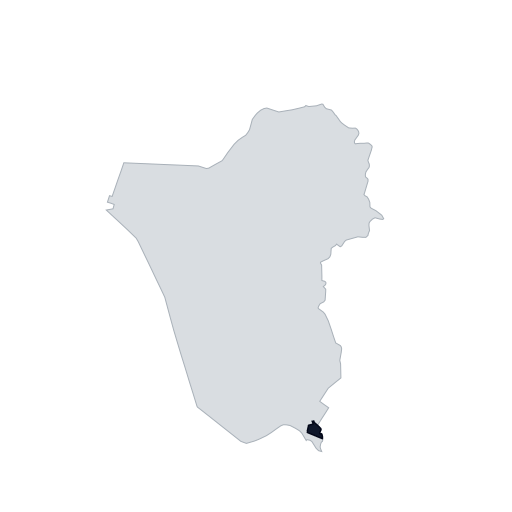 Abu Al-Khaseeb, Al-Basrah, Iraq (highlighted), rotated 33°
{"feature_id": "34846034B47596068894282", "entity_name": "Abu Al-Khaseeb", "entity_type": "district", "adm_level": 2, "iso_a3": "IRQ", "parent_name": "Iraq", "parent_adm1": "Al-Basrah", "projection": "robinson", "projection_center": [48.016, 30.336], "detail": "fine", "context": "in_parent", "style": "filled", "palette": "ink", "viewbox_px": 512, "rotation_deg": 33, "n_neighbors": 0, "source": "geoboundaries", "source_scale": "gbopen_adm2", "svg_char_len": 4169}
<svg xmlns="http://www.w3.org/2000/svg" viewBox="0 0 512 512"><g transform="rotate(33 256 256)"><path d="M215.8,102.7L218.9,101.9L224.9,97.1L228.4,92.7L229.5,92.3L232.5,93.8L234.7,94.2L239.8,92.5L242.8,93.4L245.3,94.5L246.7,94.6L253.5,97.3L255.2,97.7L258.7,98.0L263.9,98.1L267.3,96.3L269.7,94.6L271.4,94.6L273.0,95.1L274.3,95.8L275.5,97.1L276.0,99.0L275.7,104.9L276.2,106.5L277.1,107.6L278.3,107.8L279.7,106.5L282.2,104.6L285.3,102.6L287.6,100.7L288.9,100.0L291.0,100.1L293.0,100.4L294.1,101.3L294.1,101.6L295.1,104.4L297.7,114.8L299.2,116.1L300.9,117.2L302.1,118.8L302.6,120.3L302.4,122.7L302.4,125.6L303.1,127.7L304.1,129.3L305.1,130.1L306.5,130.2L308.1,130.6L309.2,132.2L312.7,144.1L313.0,145.6L314.5,146.1L317.0,145.9L319.6,147.1L322.3,149.1L324.8,152.7L326.5,153.2L331.9,152.7L339.3,153.3L342.8,155.2L342.4,156.3L339.7,157.6L335.0,159.1L333.6,161.6L332.8,164.9L332.9,166.8L334.1,168.9L337.4,172.9L337.6,174.4L338.1,176.4L338.7,177.8L338.0,180.5L335.0,182.4L331.0,184.4L323.0,193.5L322.4,195.5L322.4,200.8L321.6,202.4L319.1,202.3L317.1,202.1L317.0,203.9L315.7,206.4L314.9,208.6L317.8,213.8L318.4,216.5L317.9,219.0L315.1,223.3L313.5,226.1L313.9,226.8L316.0,227.9L322.5,237.4L324.6,240.7L327.4,239.8L328.5,239.9L329.3,240.4L329.8,241.5L329.8,242.9L329.1,245.0L332.6,245.9L333.9,248.0L338.0,255.4L337.8,257.6L335.8,261.0L335.8,263.3L336.2,265.4L336.8,266.1L343.0,266.4L345.6,267.2L351.9,271.0L359.2,276.7L365.1,281.5L370.2,285.5L375.6,285.2L377.1,285.9L378.4,287.2L380.0,290.5L383.1,297.9L385.7,300.4L389.8,306.4L393.6,312.0L391.1,319.6L388.6,327.5L388.6,337.7L388.6,343.2L393.8,343.5L399.6,343.7L399.7,350.3L399.7,356.9L399.8,364.4L401.5,364.7L404.2,366.3L405.4,368.8L406.8,370.1L408.6,370.3L410.3,371.5L412.1,373.7L412.7,375.3L412.2,376.5L412.6,378.4L413.8,381.3L415.3,382.6L417.6,384.2L414.5,385.2L411.1,384.5L404.0,381.2L401.7,381.1L398.7,382.3L398.6,383.4L391.1,379.7L388.3,379.0L387.4,378.9L383.1,379.0L376.9,379.6L373.3,381.1L370.8,382.7L369.7,384.3L369.2,385.1L367.3,389.7L365.0,395.7L362.6,401.0L358.0,408.5L355.5,412.0L350.0,418.4L344.2,419.7L330.5,418.4L315.4,417.0L300.4,415.6L289.2,414.6L288.4,414.2L277.4,405.0L268.7,397.8L257.9,388.7L246.8,379.5L235.7,370.1L227.6,363.2L217.8,354.5L208.9,346.5L201.9,340.2L192.8,334.6L185.7,330.3L175.5,324.0L167.3,319.0L160.2,314.7L149.4,308.1L145.8,306.3L134.6,304.1L123.9,302.2L112.8,300.3L105.4,299.0L110.4,294.3L109.0,290.0L105.4,290.8L102.1,291.8L100.3,285.2L102.9,284.4L100.8,275.8L98.6,267.0L96.6,258.5L94.4,249.8L103.9,244.2L111.0,240.0L121.0,234.1L130.5,228.5L139.6,223.1L149.6,217.2L158.6,211.9L166.7,209.7L168.5,208.1L172.3,200.8L175.6,194.7L175.8,193.2L176.0,184.5L176.8,174.2L178.0,168.7L179.9,163.9L181.6,160.4L181.9,157.1L181.8,153.7L180.2,148.6L178.5,143.4L178.8,138.3L179.2,135.5L180.5,131.2L182.4,128.0L184.5,126.0L192.2,124.0L196.7,122.8L202.9,117.1L206.6,113.8L211.7,108.5L215.4,104.5L215.8,103.2L215.8,102.7Z" fill="#d9dde1" stroke="#a8b0b8" stroke-width="1"/><path d="M404.2,365.4L403.5,365.3L403.1,365.2L402.0,364.9L401.1,364.8L400.4,364.6L399.5,364.4L398.5,364.3L398.1,364.3L398.0,364.2L397.6,364.2L397.2,364.1L396.9,364.1L396.5,364.1L396.3,364.0L395.8,363.9L395.3,363.7L395.2,363.6L394.7,363.3L394.3,363.0L394.1,363.4L394.0,363.5L393.6,363.7L393.3,363.9L393.2,364.0L393.7,364.3L394.1,364.7L394.6,365.0L394.9,365.3L395.4,365.7L395.1,366.1L394.9,366.4L394.7,366.8L394.4,367.1L394.1,367.3L393.9,367.6L393.7,367.8L393.4,368.1L393.1,368.4L392.9,368.7L392.6,369.1L392.3,369.3L392.4,369.8L392.6,370.0L392.7,370.3L392.8,370.4L392.8,370.5L392.9,370.9L393.0,371.1L393.2,371.8L393.8,373.2L394.2,374.5L394.6,374.8L395.0,375.6L395.2,376.0L395.7,375.9L397.5,375.6L398.6,375.4L399.6,375.2L400.7,375.0L402.1,374.7L403.1,374.6L404.1,374.3L405.1,374.2L406.2,374.0L407.5,373.7L408.3,373.6L409.1,373.4L410.2,373.2L410.7,373.1L411.0,373.1L411.0,372.6L410.6,372.1L410.1,371.3L409.5,370.7L408.7,370.0L408.4,369.6L408.1,369.5L407.8,369.5L407.5,369.5L407.4,369.7L407.2,369.8L407.0,370.0L406.7,370.2L406.2,370.2L405.9,369.9L405.7,369.4L405.5,368.8L405.4,368.0L405.3,367.4L405.2,367.0L405.2,366.5L405.1,366.4L405.0,366.1L404.7,365.9L404.4,365.5L404.2,365.4Z" fill="#0f172a" stroke="#020617" stroke-width="1.5"/></g></svg>